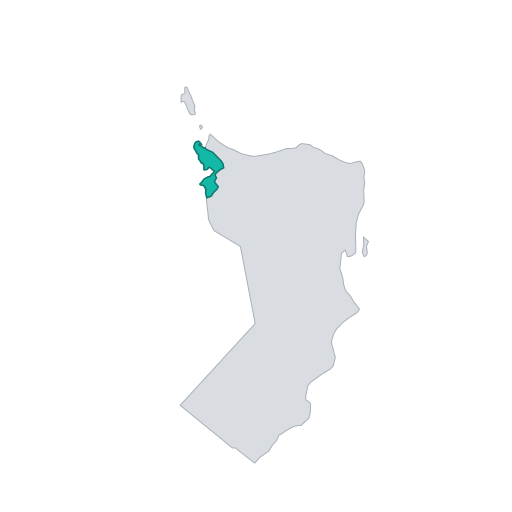 Al Buraymi on a map of Oman (Mercator projection), rotated 332°
{"feature_id": "OMN-4836", "entity_name": "Al Buraymi", "entity_type": "Province", "adm_level": 1, "iso_a3": "OMN", "parent_name": "Oman", "parent_adm1": "", "projection": "mercator", "projection_center": [55.822, 24.259], "detail": "fine", "context": "in_parent", "style": "filled", "palette": "teal", "viewbox_px": 512, "rotation_deg": 332, "n_neighbors": 0, "source": "natural_earth", "source_scale": "10m", "svg_char_len": 4308}
<svg xmlns="http://www.w3.org/2000/svg" viewBox="0 0 512 512"><g transform="rotate(332 256 256)"><path d="M157.6,438.3L155.5,433.5L153.3,428.7L151.2,423.8L149.1,419.0L147.6,415.7L145.1,414.5L143.6,410.9L142.1,407.3L140.5,403.6L139.0,400.0L137.5,396.3L135.9,392.6L134.4,389.0L132.8,385.3L131.3,381.6L129.7,378.0L128.2,374.3L126.6,370.6L125.1,367.0L123.6,363.3L122.0,359.6L120.5,355.9L118.9,352.2L123.8,350.5L129.8,348.4L135.8,346.3L141.8,344.2L147.8,342.0L153.8,339.9L159.8,337.8L165.8,335.7L171.8,333.6L177.8,331.4L183.8,329.3L189.8,327.2L195.8,325.1L201.8,322.9L207.8,320.8L213.8,318.7L219.8,316.6L223.6,315.2L225.1,310.3L226.4,306.2L227.6,302.1L228.9,297.9L230.2,293.8L231.5,289.7L232.8,285.6L234.0,281.4L235.3,277.3L236.6,273.2L237.9,269.0L239.1,264.9L240.4,260.7L241.7,256.6L243.0,252.4L244.3,248.3L245.5,244.1L246.7,240.3L244.5,236.6L241.5,231.7L238.4,226.5L235.5,221.6L233.4,218.1L230.8,213.8L231.1,208.3L231.0,205.5L231.3,201.3L233.8,195.4L236.7,187.9L238.8,182.9L240.6,178.6L242.1,175.1L242.9,171.5L242.5,168.9L241.5,168.0L240.7,166.8L243.5,164.9L248.6,163.6L251.5,163.9L255.5,163.0L258.7,162.1L259.0,161.0L258.0,159.1L256.7,156.3L252.2,156.1L250.9,155.3L252.4,151.2L252.4,149.9L251.8,148.4L251.1,145.8L251.5,142.5L252.4,140.2L252.4,138.4L252.0,134.6L252.1,131.3L253.0,129.6L254.7,128.1L256.3,127.3L257.9,127.4L259.2,128.0L259.8,129.8L259.4,131.0L258.5,131.2L258.2,131.7L259.5,134.0L261.5,136.3L262.9,135.9L264.6,134.1L266.4,132.6L268.6,131.4L270.2,128.9L271.5,127.3L272.8,127.0L276.3,137.1L281.6,146.6L286.2,151.8L291.1,158.8L298.4,165.3L301.8,167.5L315.4,172.1L322.9,173.8L333.2,175.4L340.3,178.9L342.7,179.1L346.4,178.1L349.1,178.2L355.9,183.0L357.9,187.5L360.8,189.9L363.3,193.7L364.9,197.7L370.7,203.7L374.7,210.4L378.8,215.4L382.5,218.6L388.1,219.8L392.6,221.2L393.1,224.5L392.6,228.9L391.8,232.1L387.6,238.3L386.6,242.2L381.9,248.5L376.8,259.2L374.5,261.6L366.3,267.0L360.2,273.6L353.1,285.1L347.6,296.4L345.5,300.0L341.1,300.7L338.3,300.4L336.3,299.3L337.1,296.2L337.5,292.8L334.9,293.2L332.6,293.9L327.1,302.3L324.2,306.0L323.5,310.7L322.1,316.8L320.0,322.3L319.0,327.0L319.0,329.7L320.6,336.1L320.8,342.7L321.7,346.7L322.4,351.5L319.9,352.9L317.7,353.6L309.0,354.2L300.3,355.7L292.6,358.4L288.0,361.2L282.1,367.3L278.4,382.8L272.6,389.3L268.7,390.7L259.1,391.2L245.8,393.0L241.1,394.6L233.3,404.1L232.7,407.0L234.2,409.2L234.7,411.5L233.9,413.7L230.4,419.7L226.6,424.0L216.4,426.7L212.6,425.1L209.2,424.3L202.6,424.2L191.8,425.2L187.9,428.4L181.6,430.7L175.9,434.2L165.0,435.5L157.6,438.3ZM269.6,101.1L268.9,102.0L267.9,102.1L265.6,101.3L264.3,99.6L264.5,97.4L264.6,93.5L265.2,89.7L265.1,85.7L263.3,84.9L262.0,85.2L265.0,79.5L266.1,78.7L267.2,79.1L269.9,78.5L271.3,75.4L272.4,73.7L273.6,73.9L274.2,74.9L273.8,79.5L273.7,83.4L272.3,95.2L270.7,97.2L269.9,98.9L269.6,101.1ZM354.2,307.0L352.0,307.5L351.3,307.3L351.4,302.6L356.5,296.6L359.8,289.8L362.1,295.9L358.1,299.3L355.9,305.2L354.2,307.0ZM269.1,117.2L267.6,118.2L266.6,118.0L266.8,116.0L267.4,114.5L268.9,114.6L269.3,115.5L269.1,117.2Z" fill="#d9dde1" stroke="#a8b0b8" stroke-width="1"/><path d="M257.0,127.1L258.4,127.3L258.5,127.3L259.4,127.9L259.8,129.1L260.1,130.8L260.2,131.6L259.4,131.0L259.0,130.7L258.5,130.6L257.9,130.8L257.7,131.3L258.0,131.9L259.3,133.0L260.3,135.7L261.4,136.5L261.9,136.6L261.9,138.2L266.5,144.2L269.9,155.9L270.1,159.2L268.9,163.0L264.8,163.0L259.7,164.1L257.8,165.4L257.8,168.6L255.6,169.7L254.1,171.5L255.3,177.1L252.9,178.7L248.3,180.0L244.7,182.1L239.9,181.6L241.0,176.9L241.3,176.3L243.0,173.8L243.1,173.3L243.0,170.4L242.9,169.4L242.3,168.5L241.0,167.8L240.4,167.2L240.1,166.5L240.3,166.0L241.8,165.7L243.3,165.1L243.9,164.8L245.0,164.2L245.9,163.8L246.9,163.6L248.1,163.6L249.2,163.8L249.7,163.8L250.3,163.6L250.9,163.5L251.8,164.2L252.5,164.3L256.6,162.6L258.8,162.1L259.1,161.5L257.9,159.1L257.4,157.5L256.9,156.1L255.8,155.7L253.9,156.5L253.3,156.5L251.1,156.0L250.7,155.8L250.6,155.2L250.9,154.5L252.3,152.1L252.5,151.5L252.6,149.7L252.5,149.4L252.3,149.0L251.6,148.5L251.4,148.3L251.3,147.7L251.3,145.6L250.9,144.0L250.8,143.2L251.2,142.7L251.7,142.1L251.9,140.8L252.9,139.9L252.8,139.2L252.2,138.0L252.1,137.6L252.0,136.9L252.1,135.5L252.1,134.8L251.9,131.8L252.2,130.6L253.3,129.3L254.3,128.4L254.4,128.2L255.6,127.4L257.0,127.1Z" fill="#14b8a6" stroke="#0f766e" stroke-width="1.5"/></g></svg>